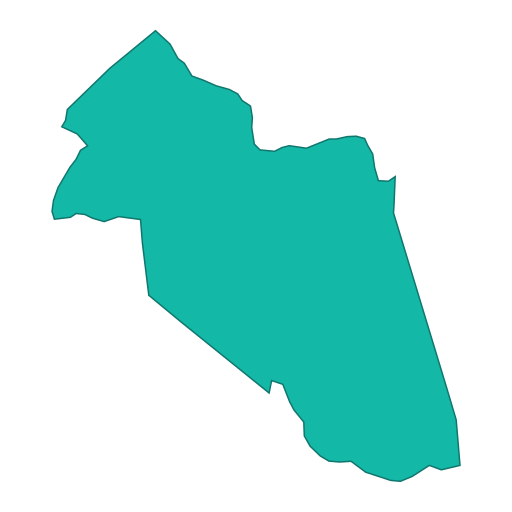 Pedro Velho, Rio Grande do Norte, Brazil (orthographic projection)
{"feature_id": "56859067B99924814436058", "entity_name": "Pedro Velho", "entity_type": "district", "adm_level": 2, "iso_a3": "BRA", "parent_name": "Brazil", "parent_adm1": "Rio Grande do Norte", "projection": "orthographic", "projection_center": [-35.235, -6.465], "detail": "fine", "context": "isolated", "style": "filled", "palette": "teal", "viewbox_px": 512, "rotation_deg": 0, "n_neighbors": 0, "source": "geoboundaries", "source_scale": "gbopen_adm2", "svg_char_len": 1041}
<svg xmlns="http://www.w3.org/2000/svg" viewBox="0 0 512 512"><path d="M155.5,30.7L109.8,68.3L67.3,109.5L65.6,120.3L61.8,126.8L77.3,134.0L87.6,145.8L80.5,150.3L76.1,159.3L70.0,167.2L58.0,187.6L53.5,200.4L52.0,211.3L54.4,219.2L70.4,217.3L76.1,213.5L84.7,214.4L92.5,218.2L104.1,221.6L118.7,216.6L140.5,219.5L141.7,234.3L142.4,243.0L148.8,295.3L181.7,322.5L269.1,393.0L271.6,380.6L282.8,384.3L289.7,401.9L294.0,410.0L303.8,422.1L304.3,435.9L310.1,446.2L320.3,456.0L328.9,461.1L339.4,462.0L351.1,461.3L365.7,472.2L390.7,480.4L400.4,481.3L412.4,476.3L429.3,465.4L441.3,469.8L460.0,465.4L456.2,419.9L446.9,388.6L393.5,212.9L394.0,205.0L395.2,176.6L388.5,181.2L378.4,180.7L374.6,167.6L372.7,154.0L367.5,145.0L364.6,138.5L356.2,136.2L347.3,136.6L336.4,139.0L329.2,139.0L306.5,148.2L289.2,145.7L282.1,147.5L274.6,151.3L260.0,149.9L254.3,144.1L251.7,127.5L252.4,117.7L250.5,106.1L242.1,100.5L237.8,94.0L229.4,89.5L216.1,85.8L204.1,80.5L191.9,76.0L184.3,63.2L178.0,58.6L170.1,44.2L155.5,30.7Z" fill="#14b8a6" stroke="#0f766e" stroke-width="1.5"/></svg>